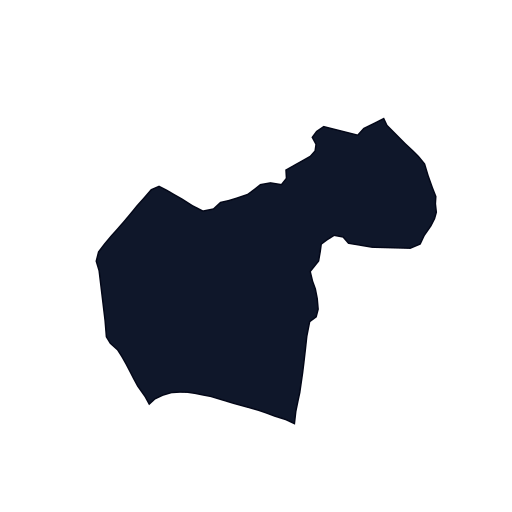 Balneário Piçarras, Santa Catarina, Brazil (orthographic projection), rotated 117°
{"feature_id": "56859067B52127181831063", "entity_name": "Balneário Piçarras", "entity_type": "district", "adm_level": 2, "iso_a3": "BRA", "parent_name": "Brazil", "parent_adm1": "Santa Catarina", "projection": "orthographic", "projection_center": [-48.738, -26.761], "detail": "fine", "context": "isolated", "style": "filled", "palette": "ink", "viewbox_px": 512, "rotation_deg": 117, "n_neighbors": 0, "source": "geoboundaries", "source_scale": "gbopen_adm2", "svg_char_len": 1410}
<svg xmlns="http://www.w3.org/2000/svg" viewBox="0 0 512 512"><g transform="rotate(117 256 256)"><path d="M115.1,129.9L106.3,139.2L97.5,147.6L93.6,156.5L91.3,163.6L88.2,174.4L84.2,186.5L80.2,198.7L75.6,204.6L84.9,211.4L93.4,217.8L102.2,220.2L110.0,254.4L117.5,258.5L124.7,259.7L129.2,253.2L135.6,251.0L142.5,252.8L165.8,268.3L173.0,264.1L180.9,265.7L184.3,276.3L190.4,284.4L196.6,287.2L204.9,291.3L213.5,299.7L219.0,305.4L224.4,311.9L233.4,315.2L240.1,323.7L240.1,335.6L238.9,347.8L238.5,357.1L238.0,365.6L238.0,374.0L244.5,379.4L256.3,382.3L264.8,384.6L272.3,386.2L285.0,389.1L296.1,391.9L303.9,394.0L313.9,396.3L323.8,398.1L333.1,396.0L340.3,389.1L382.1,361.1L395.9,352.6L399.9,346.1L402.4,336.7L406.4,329.9L411.3,322.5L416.5,315.2L420.9,309.1L425.6,302.3L431.6,290.9L436.4,283.9L429.3,281.3L422.3,275.9L416.1,269.4L411.8,262.1L408.5,255.3L406.0,247.9L403.9,240.3L401.6,232.5L399.8,222.4L397.4,209.0L394.4,194.4L392.3,183.8L391.2,176.1L390.1,166.3L388.2,155.1L387.9,145.7L376.4,150.0L365.5,153.0L357.9,155.0L339.1,161.4L329.2,165.0L315.8,170.0L304.5,174.3L290.1,178.4L282.9,174.8L275.2,176.5L266.2,182.1L258.4,188.2L252.8,194.2L245.2,200.7L232.0,198.0L222.6,200.9L215.8,203.3L209.3,200.1L202.1,195.8L199.5,187.0L202.6,179.4L195.4,156.5L179.0,122.1L170.8,115.2L161.4,115.5L149.8,113.9L141.7,113.9L135.2,115.2L128.0,119.9L121.4,122.8L115.1,129.9Z" fill="#0f172a" stroke="#020617" stroke-width="1.5"/></g></svg>